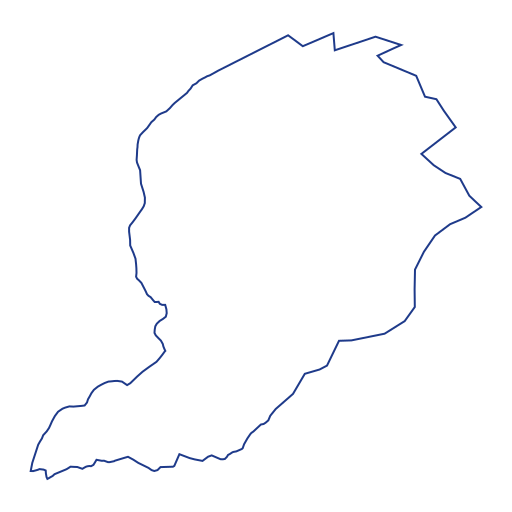 the district of San Pablo Cuatro Venados, Oaxaca, Mexico
{"feature_id": "50627088B25746223253331", "entity_name": "San Pablo Cuatro Venados", "entity_type": "district", "adm_level": 2, "iso_a3": "MEX", "parent_name": "Mexico", "parent_adm1": "Oaxaca", "projection": "natural_earth1", "projection_center": [-96.914, 16.979], "detail": "fine", "context": "isolated", "style": "outline", "palette": "blue", "viewbox_px": 512, "rotation_deg": 0, "n_neighbors": 0, "source": "geoboundaries", "source_scale": "gbopen_adm2", "svg_char_len": 3002}
<svg xmlns="http://www.w3.org/2000/svg" viewBox="0 0 512 512"><path d="M140.2,135.1L139.5,136.5L139.0,137.9L138.7,138.9L138.3,140.5L137.9,142.8L137.6,144.5L137.5,147.1L137.2,149.3L136.9,155.6L136.6,159.9L137.0,162.5L138.7,166.8L140.1,170.2L141.0,183.7L143.6,191.9L144.9,197.6L144.8,203.1L143.7,206.3L142.0,209.1L140.0,211.9L135.4,218.5L132.4,222.5L130.1,225.3L129.1,227.8L129.1,231.7L130.1,239.9L130.2,245.5L133.4,252.9L135.5,258.7L136.1,264.3L136.4,268.4L136.5,273.0L136.1,276.7L137.1,278.7L138.8,280.2L141.4,282.9L144.8,289.5L145.8,291.5L147.0,294.2L148.5,295.8L150.6,297.1L153.1,300.2L154.7,302.0L156.7,302.0L158.6,301.8L159.8,303.8L162.2,304.9L165.2,304.9L166.4,309.3L166.7,313.2L165.8,316.7L163.0,318.9L159.6,321.0L156.8,323.7L155.3,326.3L154.7,329.8L154.5,332.9L155.8,335.4L158.1,337.8L160.9,340.6L162.8,344.0L163.4,346.5L164.5,349.2L165.3,350.9L164.7,351.5L162.3,354.8L159.7,358.1L156.5,361.8L149.3,366.8L142.6,371.7L137.2,376.5L133.6,380.0L130.3,383.2L127.1,385.1L122.0,381.6L117.3,380.9L114.3,381.0L111.8,381.3L108.4,381.6L104.7,383.0L101.3,384.7L97.9,386.6L93.9,389.8L91.4,393.2L89.8,396.2L88.0,399.3L87.0,402.5L84.6,405.5L81.4,405.9L73.4,406.6L69.4,406.4L65.2,407.6L62.5,408.7L58.1,411.7L54.9,416.0L52.0,421.3L50.3,425.2L49.0,428.0L46.7,431.4L43.2,435.2L41.9,438.5L40.0,441.5L38.2,444.7L32.3,462.8L30.7,471.0L33.1,471.1L36.1,470.3L38.1,469.7L39.5,469.1L43.6,469.6L45.7,470.5L45.9,473.4L46.5,476.9L47.4,478.9L48.6,478.3L50.4,477.2L52.6,476.0L54.5,474.2L65.6,469.6L66.7,469.1L68.5,468.0L70.5,466.7L72.6,466.8L74.4,466.9L77.3,467.0L79.8,467.9L82.4,468.8L83.7,468.0L85.8,466.8L87.3,466.3L89.4,466.0L91.0,466.2L93.4,464.9L94.9,462.5L96.5,459.8L101.8,460.8L104.0,460.7L107.9,462.1L109.8,462.1L114.1,461.2L114.9,460.7L124.5,457.8L128.0,456.8L133.2,459.6L138.3,462.9L148.5,467.9L151.6,470.1L154.3,471.0L157.5,470.1L160.5,467.1L173.0,466.7L174.3,465.9L179.4,454.2L189.7,458.1L194.7,459.4L202.5,460.9L208.1,456.7L211.7,455.4L220.5,459.2L222.9,459.3L223.9,459.1L224.8,459.0L226.8,457.0L228.1,454.9L229.7,454.1L232.4,452.3L233.5,451.9L236.3,451.4L241.8,449.0L242.7,448.2L244.1,444.2L247.4,438.4L250.4,434.0L251.4,432.9L253.4,431.5L256.6,428.5L260.9,424.5L263.6,424.0L265.0,423.1L265.5,422.8L268.3,420.4L270.3,415.7L275.7,409.0L293.0,393.9L304.8,373.8L319.6,369.5L327.0,365.6L339.0,340.8L351.4,340.4L384.6,333.7L404.7,321.1L414.8,307.0L414.6,289.3L415.0,269.6L423.9,251.8L435.0,235.5L450.1,224.2L465.4,217.7L471.0,213.9L481.3,207.0L475.4,201.5L469.3,195.7L460.2,178.9L445.5,173.0L433.7,165.2L421.4,153.9L455.7,127.4L443.8,110.7L436.4,99.2L425.0,96.7L416.2,75.8L383.6,62.2L377.6,55.7L393.5,48.4L401.1,45.0L375.5,36.7L334.8,50.3L333.4,33.1L302.8,46.2L288.1,35.3L218.3,70.6L209.7,75.4L207.2,76.2L205.1,77.4L202.6,78.6L199.1,80.6L196.4,83.3L192.7,85.3L190.5,88.7L188.5,90.8L187.0,92.9L174.9,102.8L172.6,105.0L169.9,108.1L166.3,111.4L161.1,113.5L158.7,114.8L156.2,117.0L154.3,119.6L151.3,122.2L148.7,125.9L147.2,128.0L145.8,129.4L143.1,132.0L140.2,135.1Z" fill="none" stroke="#1e3a8a" stroke-width="2"/></svg>